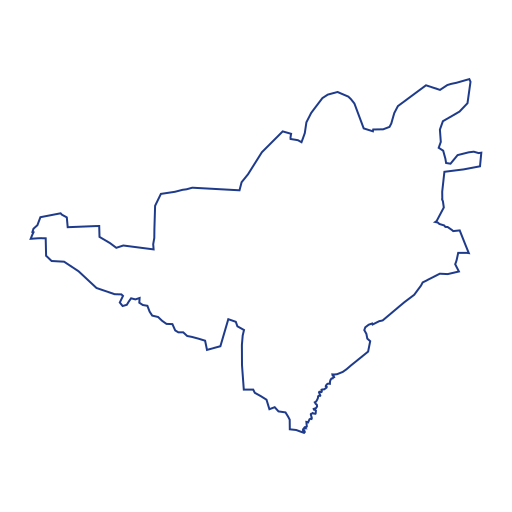 the district of Dawakin Tofa, Kano, Nigeria
{"feature_id": "59680162B97642938083661", "entity_name": "Dawakin Tofa", "entity_type": "district", "adm_level": 2, "iso_a3": "NGA", "parent_name": "Nigeria", "parent_adm1": "Kano", "projection": "orthographic", "projection_center": [8.393, 12.142], "detail": "fine", "context": "isolated", "style": "outline", "palette": "blue", "viewbox_px": 512, "rotation_deg": 0, "n_neighbors": 0, "source": "geoboundaries", "source_scale": "gbopen_adm2", "svg_char_len": 3602}
<svg xmlns="http://www.w3.org/2000/svg" viewBox="0 0 512 512"><path d="M289.8,429.3L296.2,430.0L304.0,432.9L304.8,432.0L304.6,431.3L304.3,430.7L303.2,430.8L302.9,430.1L303.2,429.1L303.8,428.5L305.3,428.4L304.4,427.6L304.7,427.2L306.5,426.9L306.8,426.4L306.6,424.3L306.4,421.9L307.0,422.0L308.1,422.4L308.4,421.7L309.5,419.3L310.5,418.7L311.5,419.0L311.8,418.2L311.6,417.1L311.1,415.7L310.8,414.2L311.1,413.8L311.8,413.7L312.7,413.0L313.5,413.5L314.8,413.7L315.3,413.8L315.6,413.6L315.8,411.9L315.9,410.5L315.0,409.9L313.9,409.6L313.7,408.9L315.4,408.3L316.0,408.1L316.4,407.5L316.9,406.8L317.1,406.4L316.8,404.7L316.0,404.1L315.6,403.7L315.3,403.1L314.8,402.3L315.7,401.8L316.2,401.4L316.9,400.2L317.7,398.6L318.0,397.6L318.1,396.3L318.8,395.8L319.6,395.7L320.0,395.9L320.3,395.6L319.0,392.3L319.3,391.8L319.9,391.7L320.8,392.0L321.4,392.1L321.7,391.8L321.8,391.0L321.5,389.8L321.8,389.6L323.0,389.4L324.1,389.4L325.9,388.1L326.6,387.5L326.7,386.8L325.8,386.3L325.9,385.7L326.8,384.4L327.9,383.7L329.0,383.7L329.9,383.8L330.0,381.6L330.6,379.7L331.5,378.5L332.7,378.4L333.2,377.5L334.1,377.2L333.6,376.0L332.6,375.4L332.4,374.4L334.3,374.5L337.1,374.2L342.8,371.9L346.7,369.1L351.0,365.4L368.1,351.6L370.2,341.2L367.3,338.6L366.4,333.9L364.3,330.1L365.3,327.3L368.7,324.7L372.2,323.5L372.6,324.5L379.4,321.1L381.1,320.8L382.7,320.4L385.1,318.4L399.1,306.6L404.5,302.1L414.2,294.8L417.8,289.9L421.0,285.6L422.7,282.4L426.6,280.5L428.0,279.7L439.8,273.7L447.7,274.1L458.9,271.5L456.4,266.6L455.2,264.2L456.0,262.1L456.7,259.8L458.2,252.9L467.3,252.9L468.8,253.1L465.3,244.5L459.7,230.4L453.2,231.1L451.8,229.9L447.6,227.0L445.4,226.9L444.1,225.4L439.4,224.0L437.9,222.6L435.3,222.0L436.6,221.1L443.8,207.5L443.0,201.8L442.6,200.3L442.5,200.2L442.2,199.8L442.1,199.0L442.3,198.8L442.2,191.7L444.4,171.8L463.6,169.4L480.0,166.3L481.3,152.7L478.6,153.1L473.8,151.7L468.8,152.3L457.6,155.1L450.5,163.7L446.1,163.0L445.4,158.8L443.2,150.7L438.7,147.8L440.8,141.9L439.9,129.6L442.9,121.2L459.5,111.6L467.5,103.2L469.3,90.3L470.5,81.8L469.3,79.1L456.4,82.8L453.0,83.5L450.7,84.0L449.2,84.5L447.4,85.0L440.0,89.9L426.0,85.3L397.9,106.1L394.3,113.0L392.5,119.2L391.3,123.5L389.5,126.9L383.2,129.3L373.2,129.5L372.9,131.3L363.7,128.4L354.4,103.5L350.9,99.1L348.3,96.6L337.5,92.0L327.8,94.6L322.4,98.1L314.2,108.9L311.2,112.9L306.4,122.3L306.0,125.0L304.8,133.1L303.1,137.9L301.5,142.2L297.9,140.2L295.0,139.7L290.6,139.0L290.5,137.4L291.1,133.8L282.7,131.4L261.9,152.2L252.9,166.5L248.0,174.3L241.6,182.2L239.5,190.3L192.3,187.7L186.5,189.3L182.6,189.8L174.9,191.8L160.9,193.9L155.1,205.8L154.4,229.1L154.3,237.9L153.2,244.2L153.6,249.4L123.3,245.5L116.3,247.8L110.0,243.1L99.5,236.9L99.2,226.0L95.1,226.1L67.7,227.2L66.8,217.4L66.3,217.1L61.9,214.7L61.5,214.3L60.6,213.3L40.4,217.2L37.4,225.2L33.5,228.7L32.4,232.0L33.5,232.3L33.0,233.3L32.0,235.5L30.7,238.8L37.6,238.3L40.3,238.2L45.7,238.3L46.1,255.8L46.7,256.3L51.6,261.0L64.1,261.7L78.6,271.3L96.5,288.0L114.6,294.2L121.4,294.4L123.0,295.9L119.8,302.5L122.6,306.0L124.1,305.6L126.8,304.8L128.9,301.4L131.1,298.3L135.4,299.4L139.6,298.0L139.3,302.7L142.8,305.0L147.4,305.8L149.6,311.6L152.2,315.6L158.1,317.0L162.1,320.8L166.5,323.9L172.4,324.1L175.2,330.4L178.3,332.3L183.2,332.3L187.2,336.0L191.9,336.9L198.6,338.7L205.1,340.7L207.0,349.9L220.4,346.2L228.3,319.2L231.5,320.3L235.8,321.8L237.4,326.3L244.0,330.0L242.7,335.5L242.1,342.5L241.9,344.9L242.0,365.2L243.8,389.6L253.2,389.6L254.8,392.8L260.9,396.2L266.5,399.7L269.4,409.2L274.7,407.2L278.5,411.4L285.5,412.4L288.2,416.8L289.7,419.7L289.8,429.3Z" fill="none" stroke="#1e3a8a" stroke-width="2"/></svg>